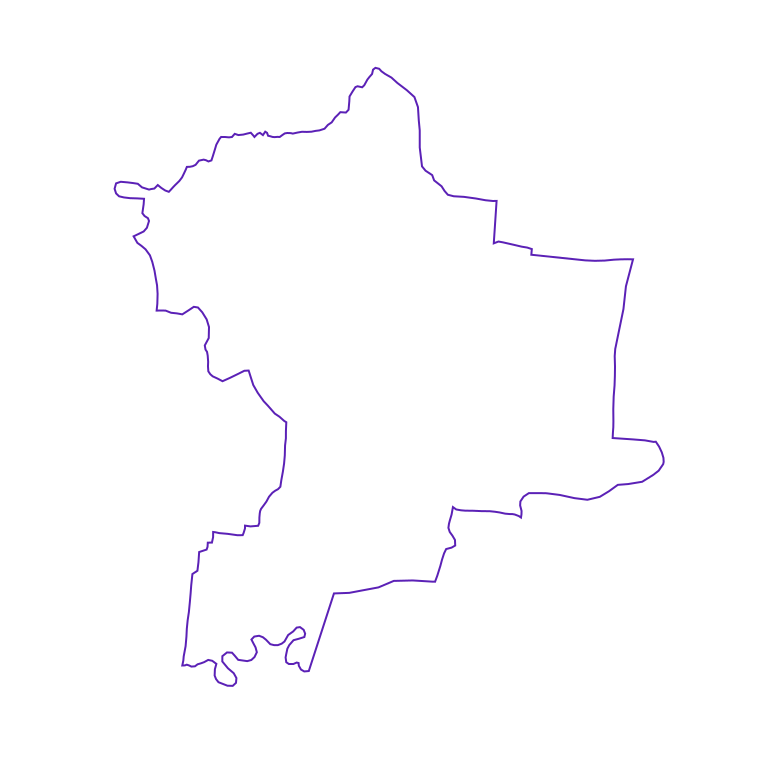 Pur SenChey, Phnom Penh, Cambodia, rotated 5°
{"feature_id": "14789045B97702071431855", "entity_name": "Pur SenChey", "entity_type": "district", "adm_level": 2, "iso_a3": "KHM", "parent_name": "Cambodia", "parent_adm1": "Phnom Penh", "projection": "robinson", "projection_center": [104.778, 11.53], "detail": "fine", "context": "isolated", "style": "outline", "palette": "violet", "viewbox_px": 768, "rotation_deg": 5, "n_neighbors": 0, "source": "geoboundaries", "source_scale": "gbopen_adm2", "svg_char_len": 4765}
<svg xmlns="http://www.w3.org/2000/svg" viewBox="0 0 768 768"><g transform="rotate(5 384 384)"><path d="M334.1,676.5L352.4,597.0L367.6,595.1L379.7,591.7L396.2,587.1L410.9,579.3L421.7,578.1L429.7,577.2L440.8,576.9L449.3,576.7L452.1,576.5L453.8,570.3L456.0,560.3L457.1,554.0L458.6,547.5L460.3,543.0L465.6,541.1L469.0,538.7L468.3,533.2L465.3,529.0L462.4,525.7L460.7,521.7L460.9,517.6L461.5,514.1L462.7,508.2L463.4,500.6L466.9,502.7L471.6,503.1L475.9,503.1L484.0,502.5L493.0,502.1L500.2,501.5L505.7,501.6L510.5,501.9L516.0,502.6L520.9,502.6L523.3,502.4L525.6,502.6L529.8,503.8L532.1,505.1L532.3,501.9L532.1,498.5L530.2,493.1L530.1,489.1L532.9,484.0L537.8,480.1L554.2,478.7L555.9,478.7L568.7,479.2L583.7,481.1L596.7,481.6L608.8,477.6L617.5,471.2L625.7,464.1L635.9,462.4L649.7,458.9L660.1,451.1L665.2,446.4L669.1,439.5L669.4,437.2L668.8,433.2L666.7,427.9L663.5,422.4L659.8,417.8L657.7,418.2L648.8,417.4L636.6,417.5L616.5,417.9L616.3,412.7L616.2,407.1L615.8,401.4L614.6,389.0L613.9,376.6L613.8,365.4L613.3,355.9L612.6,346.5L611.4,336.1L611.3,328.8L611.6,326.5L611.9,323.8L616.0,288.5L616.5,265.6L621.2,238.1L615.5,238.5L608.9,239.2L602.3,240.1L593.1,241.8L583.4,242.9L573.9,243.3L519.5,242.4L519.5,236.7L514.8,235.6L509.3,235.2L501.0,234.0L490.0,232.5L485.6,232.1L481.1,234.3L480.2,191.8L476.5,192.2L469.1,192.1L459.4,191.2L447.3,190.6L437.1,190.9L431.1,189.9L427.5,186.4L424.1,182.0L416.2,176.8L413.8,171.7L406.8,167.9L402.9,163.9L399.0,145.3L397.5,128.3L395.7,118.5L393.7,105.2L389.3,95.5L381.1,89.3L371.0,82.9L364.7,78.1L358.2,75.1L354.2,72.7L351.7,70.4L347.9,69.8L345.7,71.8L345.1,76.2L342.8,79.3L340.9,82.2L338.3,88.1L336.4,90.3L331.7,89.7L329.7,90.7L327.2,95.3L324.6,100.6L324.8,105.2L324.8,113.9L322.4,116.9L316.8,117.0L314.6,119.8L312.0,122.8L309.1,127.9L305.5,130.8L302.5,134.9L297.5,137.0L293.8,137.8L289.7,139.0L285.2,139.6L280.3,139.9L276.1,141.0L271.3,142.5L269.3,142.2L265.7,142.4L263.3,143.0L261.1,144.8L258.6,147.0L256.3,147.1L253.5,147.6L251.4,147.6L249.1,147.1L246.9,146.8L245.6,144.0L243.7,143.0L241.7,146.6L238.5,144.6L236.2,145.8L233.4,149.2L232.1,147.8L229.4,145.3L226.3,146.3L222.0,147.8L217.2,148.7L213.5,147.8L211.0,151.2L208.1,151.8L203.9,151.8L200.2,152.1L198.8,154.1L196.1,160.2L195.2,164.6L193.7,171.6L192.6,176.3L189.7,177.6L187.2,176.6L184.8,176.2L180.2,177.6L177.2,182.1L174.5,183.7L171.8,184.5L168.7,184.9L167.8,187.8L166.3,191.9L164.8,195.8L162.4,199.6L160.1,202.3L158.7,203.9L157.0,206.0L154.5,209.3L152.9,211.3L149.2,210.3L145.1,208.1L141.3,205.5L138.2,209.3L135.0,210.1L133.0,210.8L125.8,209.2L121.3,206.0L116.5,205.7L111.1,205.5L104.1,205.5L99.6,207.5L98.6,213.0L100.5,217.5L103.7,220.1L108.6,220.8L114.9,221.0L122.1,220.6L128.8,220.4L128.9,225.8L128.4,234.9L130.8,237.5L134.4,239.4L135.7,242.1L134.2,249.0L131.3,253.0L121.7,258.7L126.0,264.9L130.3,267.5L134.7,270.6L139.6,276.2L142.5,282.5L145.5,291.1L147.6,299.2L149.3,305.4L150.6,313.9L151.2,323.9L151.1,330.7L154.7,330.3L160.0,329.9L165.7,331.6L171.5,331.7L177.0,332.2L183.2,327.4L187.8,323.7L192.0,324.0L196.7,328.4L201.7,335.1L204.7,342.5L205.4,353.5L202.1,361.2L203.2,365.3L204.9,367.4L205.9,371.1L206.9,377.3L207.1,381.7L207.9,386.7L210.1,389.4L212.7,391.3L217.7,393.1L222.9,395.3L230.2,391.2L237.2,387.0L243.7,383.0L248.0,382.4L250.7,388.9L253.9,396.5L259.0,403.8L265.6,411.6L270.3,415.8L277.8,423.0L282.7,425.7L287.8,429.5L290.0,430.6L290.4,439.5L291.0,446.7L290.8,453.9L291.4,463.9L291.4,471.9L290.9,480.2L290.1,488.7L289.7,495.4L287.6,498.0L284.9,499.8L282.3,502.1L279.3,506.3L277.1,511.4L274.4,515.9L272.4,519.1L271.7,521.3L271.5,523.7L271.5,527.8L271.9,533.2L271.0,536.2L263.4,537.5L257.9,537.2L258.1,540.1L257.1,544.7L256.4,546.9L251.0,547.4L241.2,546.9L232.9,546.9L229.0,546.4L226.7,546.3L227.1,551.5L226.4,557.0L222.3,557.4L222.4,561.6L221.7,564.4L214.5,567.5L214.7,577.7L214.4,586.3L209.7,590.0L209.5,601.6L209.6,609.1L209.6,618.1L209.5,628.2L209.0,636.5L208.9,645.1L209.2,652.9L209.2,662.5L208.2,672.8L208.2,676.9L207.6,682.0L210.1,681.7L212.0,680.8L214.5,681.4L216.7,682.3L220.3,681.7L222.7,679.5L226.0,678.2L229.0,676.8L232.9,674.2L237.0,674.7L241.4,677.4L240.4,682.9L240.7,689.2L242.4,692.6L245.1,695.5L254.3,698.2L259.6,697.9L262.6,694.6L262.6,689.8L259.5,685.2L253.3,680.8L247.1,674.5L246.7,669.2L251.0,665.1L256.0,664.9L259.0,667.7L262.8,671.5L271.9,672.0L275.9,670.5L278.8,667.3L280.7,662.3L279.0,657.6L276.4,653.6L274.2,650.1L276.8,646.9L281.5,645.7L285.4,646.8L288.7,649.0L293.4,653.1L297.2,653.7L301.0,653.4L304.7,651.6L307.3,649.2L310.4,642.4L315.1,638.4L318.2,634.3L321.5,633.5L325.4,635.9L327.2,639.6L326.7,643.0L321.4,645.2L316.2,647.1L312.4,652.3L310.8,656.1L310.2,661.1L309.8,665.0L310.9,669.7L313.6,671.2L318.2,670.8L321.3,669.1L323.2,669.4L323.7,672.1L326.2,675.7L329.6,677.3L334.1,676.5Z" fill="none" stroke="#5b21b6" stroke-width="2"/></g></svg>